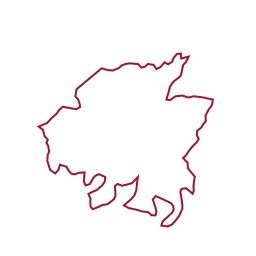 the district of Bela Vista da Caroba, Paraná, Brazil, rotated 111°
{"feature_id": "56859067B82411919014006", "entity_name": "Bela Vista da Caroba", "entity_type": "district", "adm_level": 2, "iso_a3": "BRA", "parent_name": "Brazil", "parent_adm1": "Paraná", "projection": "orthographic", "projection_center": [-53.625, -25.885], "detail": "fine", "context": "isolated", "style": "outline", "palette": "rose", "viewbox_px": 256, "rotation_deg": 111, "n_neighbors": 0, "source": "geoboundaries", "source_scale": "gbopen_adm2", "svg_char_len": 1867}
<svg xmlns="http://www.w3.org/2000/svg" viewBox="0 0 256 256"><g transform="rotate(111 128 128)"><path d="M166.2,44.1L163.1,44.1L158.6,46.1L154.3,47.2L149.5,48.2L146.2,54.1L144.0,57.7L139.1,59.9L136.3,65.8L133.3,64.2L128.3,63.2L122.1,61.2L116.3,58.6L112.8,58.1L110.1,61.2L105.8,62.4L101.2,59.7L98.0,59.2L93.7,57.9L88.4,60.1L82.1,59.3L76.8,57.9L71.1,58.8L72.6,69.1L74.9,78.2L77.9,82.5L78.2,88.7L81.4,95.1L86.7,98.5L87.7,102.3L79.2,103.0L74.4,103.6L70.7,102.8L67.5,101.7L62.5,98.4L59.5,97.5L52.6,98.6L49.3,99.1L45.7,97.5L39.6,97.0L44.1,103.2L39.6,105.3L41.4,108.8L45.9,110.5L50.4,110.6L54.1,113.3L53.6,117.4L59.2,119.4L62.9,122.5L59.9,126.7L61.0,132.3L64.7,134.1L66.8,137.1L64.7,141.4L66.8,148.9L68.7,152.7L71.6,156.1L75.7,158.3L79.9,163.0L81.2,167.8L81.7,174.0L110.2,189.9L117.3,188.5L118.9,185.3L121.5,182.7L125.5,180.2L129.0,183.1L131.6,196.6L135.9,198.8L140.3,199.8L146.3,203.0L152.2,205.2L158.7,211.9L160.2,206.8L165.5,203.0L167.7,198.6L170.9,199.0L173.2,196.2L178.4,193.1L181.7,193.4L187.8,191.4L195.0,185.7L196.5,179.7L192.0,177.9L186.7,178.4L186.2,171.6L189.1,168.1L190.9,164.8L190.4,161.1L187.4,157.8L185.0,152.7L190.7,150.9L193.7,150.1L196.8,146.9L193.9,143.5L187.6,142.6L184.7,141.6L181.5,138.7L181.9,131.7L186.5,130.5L191.3,131.7L197.0,134.9L201.2,139.1L203.7,141.3L207.4,137.7L211.1,136.5L214.7,134.8L216.4,131.8L212.2,127.2L209.0,124.3L206.5,119.8L199.3,115.5L195.8,115.4L186.9,119.3L184.0,117.8L184.0,112.7L178.1,104.5L170.2,101.3L183.6,97.9L188.6,97.9L193.2,99.5L201.7,104.1L202.5,98.8L201.3,91.2L200.8,84.7L199.3,79.0L201.0,74.7L199.7,71.0L195.7,71.6L191.2,74.8L185.9,79.2L181.5,77.9L182.1,69.0L182.7,61.2L184.6,57.9L187.7,56.1L191.2,56.4L202.8,62.2L207.1,61.9L205.7,55.7L202.5,52.5L198.2,50.7L191.9,48.8L183.9,48.3L180.5,49.6L176.5,51.8L172.6,54.0L168.9,56.2L165.7,56.2L163.4,52.1L166.2,44.1Z" fill="none" stroke="#9f1239" stroke-width="2"/></g></svg>